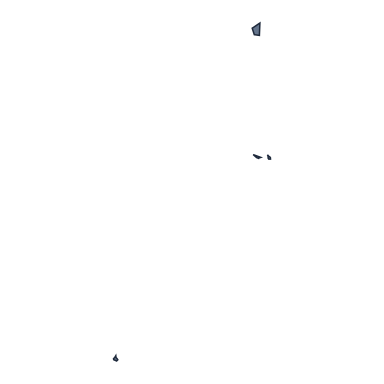 SVG path tracing the border of Alifu Alifu
{"feature_id": "MDV-5231", "entity_name": "Alifu Alifu", "entity_type": "Atoll", "adm_level": 1, "iso_a3": "MDV", "parent_name": "Maldives", "parent_adm1": "", "projection": "equal_earth", "projection_center": [72.863, 4.217], "detail": "fine", "context": "isolated", "style": "filled", "palette": "slate", "viewbox_px": 384, "rotation_deg": 0, "n_neighbors": 0, "source": "natural_earth", "source_scale": "10m", "svg_char_len": 513}
<svg xmlns="http://www.w3.org/2000/svg" viewBox="0 0 384 384"><path d="M259.9,23.0L259.4,35.4L255.3,34.8L254.3,34.7L252.2,28.2L259.9,23.0ZM115.8,355.7L116.0,357.5L116.7,358.3L117.2,358.8L117.5,359.4L117.8,359.8L116.6,361.0L113.7,359.7L113.5,358.7L114.7,357.5L115.8,355.7ZM253.2,154.6L260.8,157.4L258.4,158.2L258.4,158.3L256.6,157.6L253.2,154.6ZM267.5,154.8L268.7,156.2L269.8,156.9L270.4,157.6L270.5,159.1L268.7,159.1L268.1,158.1L268.1,156.6L267.5,154.8Z" fill="#64748b" stroke="#1e293b" stroke-width="1.5"/></svg>